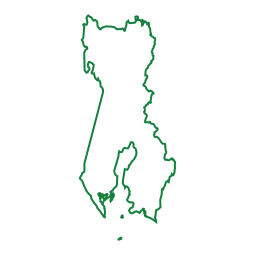 an SVG outline of Leningrad, rotated 271°
{"feature_id": "RUS-2336", "entity_name": "Leningrad", "entity_type": "Region", "adm_level": 1, "iso_a3": "RUS", "parent_name": "Russia", "parent_adm1": "", "projection": "natural_earth1", "projection_center": [31.635, 59.881], "detail": "fine", "context": "isolated", "style": "outline", "palette": "green", "viewbox_px": 256, "rotation_deg": 271, "n_neighbors": 0, "source": "natural_earth", "source_scale": "10m", "svg_char_len": 5847}
<svg xmlns="http://www.w3.org/2000/svg" viewBox="0 0 256 256"><g transform="rotate(271 128 128)"><path d="M43.8,101.9L47.5,98.8L50.0,97.7L52.4,95.5L56.1,93.0L57.3,92.5L59.5,92.1L61.5,89.9L64.3,87.6L65.8,87.1L69.0,85.3L72.8,83.8L74.7,82.8L76.6,80.8L78.7,81.4L79.9,82.4L82.0,83.0L83.5,85.0L84.2,85.2L91.6,85.0L163.8,102.5L166.2,102.2L167.3,101.7L168.4,100.9L169.1,99.9L173.4,99.5L174.1,99.2L174.9,98.1L176.7,97.2L175.2,96.7L175.2,96.4L177.4,94.3L182.1,92.9L181.7,91.6L182.0,90.8L183.1,90.7L185.6,91.9L190.5,92.7L192.0,91.1L193.4,88.5L193.4,87.9L193.0,87.6L191.7,87.0L190.2,86.7L188.8,86.9L188.2,87.3L187.5,88.2L186.2,88.5L185.5,88.2L184.3,87.1L183.0,86.7L182.6,85.9L182.7,85.3L184.9,83.6L202.2,82.9L203.2,83.1L205.3,84.2L206.4,85.7L207.1,86.0L208.3,85.5L208.6,84.6L208.2,83.9L208.3,83.6L210.2,82.1L212.9,81.7L215.3,80.3L216.8,81.4L217.6,81.7L228.7,82.5L230.5,81.4L231.2,82.1L230.5,84.5L230.6,84.9L232.2,85.5L233.3,85.5L237.5,84.6L239.5,85.8L239.8,86.6L238.5,87.9L238.3,88.9L236.5,90.5L236.0,90.5L235.4,91.4L235.0,91.4L234.8,92.2L235.5,93.2L234.4,94.8L233.9,95.3L229.6,95.8L228.3,96.3L227.6,97.1L226.1,98.2L226.3,99.0L227.6,99.9L227.8,100.9L228.3,101.3L228.6,102.1L229.2,104.5L229.1,109.1L228.5,112.8L227.4,114.3L226.6,114.9L226.7,116.9L226.6,119.2L227.4,120.3L227.3,121.2L226.9,121.6L225.3,122.3L225.1,123.0L225.4,123.3L228.1,123.7L229.1,124.3L230.5,124.3L231.3,124.7L233.6,124.7L235.2,126.4L233.6,127.0L232.9,127.9L233.0,130.5L233.6,133.3L234.1,133.7L235.1,133.9L239.3,133.4L239.7,134.0L239.7,135.3L239.3,135.9L238.5,136.3L236.4,135.4L236.0,135.5L236.2,136.5L236.0,138.8L234.5,139.5L236.1,140.2L236.2,140.5L235.8,140.9L235.2,141.0L231.6,140.2L230.7,140.4L231.1,140.9L233.0,141.4L233.8,142.4L234.9,142.8L234.8,143.4L233.8,144.7L232.2,145.2L231.7,145.7L231.8,146.3L233.3,146.6L233.5,146.8L233.3,147.0L229.7,147.2L228.1,148.2L226.9,148.5L224.4,148.7L222.1,149.5L221.8,149.4L221.6,148.7L221.3,148.8L220.2,150.0L219.8,151.0L218.5,152.4L218.5,153.3L218.3,153.6L216.6,153.6L214.1,153.1L212.0,153.4L210.6,152.5L208.8,152.2L207.1,151.1L205.2,150.8L204.2,150.4L203.2,151.3L201.0,151.3L200.6,151.7L200.5,152.2L197.7,152.1L196.3,151.4L195.3,150.0L194.7,150.0L194.2,150.4L193.2,150.0L192.8,149.2L191.5,148.3L190.5,147.1L188.4,146.7L187.5,145.6L185.2,144.6L180.9,144.4L180.8,146.0L180.5,146.3L178.4,146.3L177.6,145.5L176.1,144.8L173.4,144.2L172.0,142.7L170.7,142.8L170.1,144.4L168.9,145.2L167.9,145.5L165.0,148.0L164.9,148.6L165.8,149.8L165.6,150.3L164.2,152.3L162.9,152.9L162.3,151.4L161.1,151.0L158.9,150.5L157.8,150.6L156.7,150.2L154.9,150.0L154.5,150.2L154.3,150.5L153.8,150.4L153.5,149.9L154.1,149.2L154.0,148.4L153.0,147.5L151.9,147.4L151.5,145.9L149.9,145.1L149.2,143.9L146.2,144.6L145.0,144.4L144.4,143.8L143.8,144.0L142.9,144.5L141.8,146.3L141.0,146.6L139.6,146.5L137.5,145.5L134.4,144.8L133.9,145.3L134.2,146.6L133.8,148.2L134.0,148.8L134.6,149.3L134.5,149.8L133.3,150.3L132.7,151.3L132.6,152.7L131.8,154.0L129.7,155.0L128.4,156.3L128.2,156.9L128.3,157.3L128.0,157.5L126.8,157.7L125.2,156.2L124.4,155.2L124.1,154.5L122.5,154.6L121.8,154.2L120.2,154.5L119.6,155.0L119.6,156.7L119.2,157.7L117.8,159.2L113.9,161.8L113.0,162.7L112.8,165.0L112.5,165.4L107.0,165.9L104.3,166.7L103.8,166.6L103.1,165.9L102.0,165.7L101.4,165.2L100.2,165.2L98.5,164.8L96.8,166.0L97.2,167.3L96.6,168.2L96.4,169.0L96.5,169.6L98.4,172.5L97.1,173.0L97.0,173.5L97.4,173.8L97.3,174.1L95.7,174.8L95.1,175.6L90.8,175.5L88.5,175.7L86.7,175.2L85.2,175.4L82.1,174.4L81.7,173.9L82.8,172.7L80.9,172.3L80.0,170.6L74.6,169.6L74.8,169.3L75.9,169.1L76.1,168.9L75.4,168.2L74.9,167.2L74.2,166.8L70.6,165.8L69.0,164.6L67.3,164.3L67.7,163.3L66.9,163.0L62.0,162.8L56.7,161.5L50.7,161.7L49.6,162.0L47.4,159.9L46.5,158.1L45.7,157.3L44.1,157.5L41.8,156.9L40.8,157.2L39.2,156.5L35.8,157.7L34.6,157.8L37.0,154.4L38.5,151.6L39.4,149.1L39.9,148.4L39.6,147.8L40.2,147.3L41.7,146.8L44.7,146.9L45.2,146.4L42.7,145.9L43.6,145.6L45.7,145.5L46.8,144.9L47.4,145.2L47.6,144.5L46.3,143.7L45.5,142.4L43.8,141.6L43.3,141.0L44.3,139.5L44.8,137.8L44.3,136.2L43.0,134.4L42.8,133.6L43.2,131.8L45.3,130.5L46.2,130.7L47.8,131.8L48.7,134.0L52.6,134.9L53.4,134.3L53.7,133.5L53.8,130.8L54.1,130.0L55.3,128.7L56.0,128.4L56.9,128.5L58.0,129.3L60.5,130.0L61.0,130.7L61.5,130.9L62.8,130.4L64.5,130.9L65.8,129.9L66.7,130.0L68.2,129.4L69.7,127.6L69.6,127.1L68.3,126.1L69.2,126.1L71.2,124.5L73.0,123.7L75.7,123.9L86.8,125.5L86.3,128.1L88.9,129.6L90.6,129.5L91.4,130.8L94.0,132.1L97.4,135.0L101.1,136.7L104.0,136.9L107.4,136.0L108.8,134.2L109.8,133.7L111.7,134.0L113.7,132.9L113.9,131.2L109.5,129.4L107.7,128.4L107.7,126.1L108.1,124.8L107.4,123.9L104.2,122.6L103.6,121.7L103.9,120.6L104.6,119.7L102.8,119.2L99.2,118.9L85.2,115.0L83.5,115.1L81.9,115.8L80.4,116.8L79.8,117.7L79.7,118.2L71.3,117.9L69.4,117.3L67.0,114.6L65.4,114.0L64.3,111.9L63.9,111.6L63.6,112.5L62.6,112.5L59.3,111.2L56.8,107.7L55.2,106.0L54.8,105.3L55.7,105.1L56.6,105.3L57.0,106.6L57.5,106.9L59.3,107.7L61.0,108.7L61.5,108.6L61.6,108.0L61.4,107.3L60.5,106.1L60.4,104.2L60.6,103.5L61.2,103.5L60.1,101.7L60.4,101.3L61.9,101.7L62.5,100.9L62.1,100.0L61.4,99.4L60.4,99.8L58.3,101.3L57.0,101.2L55.8,101.7L54.5,101.6L53.9,101.8L53.4,103.2L52.4,103.1L51.9,103.3L52.3,103.7L52.4,104.2L51.5,103.9L50.9,104.0L49.1,105.7L47.6,105.5L47.1,106.2L46.0,106.0L44.5,106.4L41.0,106.4L40.3,106.0L40.1,105.1L38.9,106.4L38.3,106.2L38.7,105.5L43.8,101.9ZM60.9,113.9L61.9,114.3L61.4,114.5L61.2,115.2L59.4,114.9L57.5,113.8L57.3,112.3L58.0,112.5L58.3,112.3L58.5,112.6L59.1,112.7L60.9,113.9ZM59.8,103.9L58.9,104.8L58.3,104.6L58.0,104.2L58.0,103.0L58.4,102.6L59.1,102.5L59.4,102.7L59.8,103.9ZM18.1,122.4L18.2,122.9L18.1,123.2L17.1,123.2L16.2,120.8L16.3,120.5L16.7,120.5L18.1,122.4ZM55.9,111.8L56.9,112.9L56.7,113.5L56.3,113.5L54.4,111.9L55.1,111.7L55.9,111.8ZM40.3,123.4L40.4,124.0L38.6,124.4L38.2,124.2L38.1,123.8L38.6,122.8L40.3,123.4Z" fill="none" stroke="#15803d" stroke-width="2"/></g></svg>